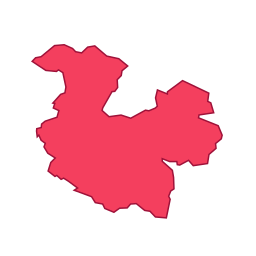 the district of Vasilevo, Vasilevo, North Macedonia, rotated 78°
{"feature_id": "65306769B98629679609772", "entity_name": "Vasilevo", "entity_type": "district", "adm_level": 2, "iso_a3": "MKD", "parent_name": "North Macedonia", "parent_adm1": "Vasilevo", "projection": "mercator", "projection_center": [22.637, 41.553], "detail": "fine", "context": "isolated", "style": "filled", "palette": "rose", "viewbox_px": 256, "rotation_deg": 78, "n_neighbors": 0, "source": "geoboundaries", "source_scale": "gbopen_adm2", "svg_char_len": 1391}
<svg xmlns="http://www.w3.org/2000/svg" viewBox="0 0 256 256"><g transform="rotate(78 128 128)"><path d="M130.9,41.0L120.6,41.8L118.5,44.5L110.7,41.7L93.0,64.8L100.8,81.9L102.9,82.4L96.9,91.3L104.3,94.8L112.8,94.8L114.2,97.2L115.5,104.0L114.2,107.2L119.0,123.3L113.9,132.1L113.0,144.2L105.5,149.7L103.0,148.5L89.1,136.1L89.4,133.3L86.2,129.7L78.5,128.5L75.3,123.7L70.8,122.0L67.3,115.4L58.3,122.6L53.2,133.9L40.8,143.4L40.5,150.6L44.9,157.7L42.5,163.4L38.7,165.7L33.3,173.1L32.1,182.7L40.2,198.2L40.1,203.8L42.9,207.9L54.6,196.4L57.8,186.2L56.7,183.9L60.3,180.2L75.0,180.2L80.5,182.4L81.1,186.9L88.0,196.3L88.7,194.5L92.9,196.9L96.6,192.0L102.7,195.2L104.1,207.6L106.2,211.7L109.5,212.8L109.7,217.4L112.0,218.1L117.7,218.6L116.4,216.7L122.0,215.5L125.8,212.1L129.0,214.1L136.0,211.7L142.2,205.4L145.7,210.7L153.5,215.1L160.2,209.5L159.6,207.5L164.3,204.1L163.7,201.4L167.6,197.4L176.2,189.8L177.7,193.6L187.6,177.9L194.2,175.5L197.1,168.6L201.9,167.4L207.5,159.3L204.7,152.9L206.0,145.4L202.9,141.3L203.7,135.6L212.1,128.8L214.0,123.8L220.7,119.7L223.9,109.2L206.5,101.6L203.2,102.4L198.5,99.3L197.1,95.7L185.8,93.7L178.6,93.4L167.7,101.4L165.1,100.9L169.5,94.2L171.0,87.2L174.1,87.4L175.0,85.1L172.2,75.5L178.4,72.0L179.3,57.6L170.7,54.3L166.2,46.1L161.4,45.6L158.0,39.0L154.6,37.4L144.5,39.3L132.7,56.9L130.0,55.8L130.9,41.0Z" fill="#f43f5e" stroke="#9f1239" stroke-width="1.5"/></g></svg>